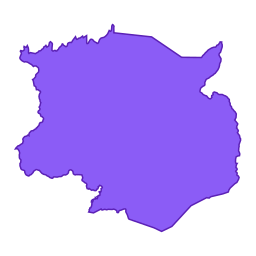 the district of Campo Formoso, Bahia, Brazil
{"feature_id": "56859067B18593931562770", "entity_name": "Campo Formoso", "entity_type": "district", "adm_level": 2, "iso_a3": "BRA", "parent_name": "Brazil", "parent_adm1": "Bahia", "projection": "robinson", "projection_center": [-40.821, -10.26], "detail": "fine", "context": "isolated", "style": "filled", "palette": "violet", "viewbox_px": 256, "rotation_deg": 0, "n_neighbors": 0, "source": "geoboundaries", "source_scale": "gbopen_adm2", "svg_char_len": 5615}
<svg xmlns="http://www.w3.org/2000/svg" viewBox="0 0 256 256"><path d="M230.2,188.0L234.7,183.8L236.9,182.4L238.6,179.2L239.1,177.4L238.4,176.2L237.8,175.5L237.1,175.4L236.9,174.5L237.2,173.1L236.8,172.4L236.1,172.0L235.7,171.2L237.1,169.6L237.1,168.9L236.7,168.1L236.0,167.7L236.1,166.0L236.7,164.1L237.1,163.5L236.0,163.5L235.5,161.9L235.6,159.1L236.1,156.9L237.7,156.0L239.5,155.7L239.8,154.0L239.3,152.3L238.6,151.0L238.8,147.7L239.1,146.7L239.0,144.7L240.6,140.2L240.5,138.5L240.0,138.1L239.5,135.5L238.3,134.0L237.4,132.5L238.0,131.7L238.3,130.7L237.8,129.6L236.5,128.0L236.9,127.4L236.7,126.2L237.6,124.6L237.7,123.7L234.7,120.0L235.2,119.4L235.5,118.4L236.0,117.8L236.3,113.9L235.1,111.8L234.0,110.8L232.8,109.2L231.9,108.6L231.5,106.8L230.3,105.3L230.1,104.4L230.2,103.5L229.2,101.2L229.4,100.2L229.2,99.3L228.0,98.4L227.7,97.6L227.0,96.9L225.5,95.9L224.2,95.5L222.3,94.5L219.0,94.5L217.7,93.7L217.0,92.8L214.3,92.0L213.5,92.4L212.9,93.1L213.1,94.7L211.7,95.6L211.6,96.4L211.9,97.3L210.6,98.8L209.9,98.8L208.8,98.4L208.1,97.8L206.6,95.9L205.4,95.6L203.1,94.5L202.2,93.3L200.1,91.9L199.9,91.1L200.5,88.6L201.0,87.8L202.9,86.3L204.6,85.4L204.9,84.5L204.8,82.5L206.1,79.5L206.8,79.0L208.9,78.0L210.8,76.4L213.0,75.1L214.3,73.8L215.1,73.4L217.9,69.8L219.0,67.5L219.6,65.0L219.6,64.0L220.8,61.5L221.0,59.8L221.0,58.6L219.3,55.7L219.0,54.9L219.1,54.0L219.7,53.0L220.5,52.3L222.2,46.9L222.2,44.8L221.6,43.0L221.7,42.0L220.1,41.9L220.0,42.6L219.3,43.2L218.5,44.6L216.7,45.4L216.3,46.4L215.6,47.1L213.8,47.2L211.5,48.0L208.2,50.0L206.3,52.1L205.6,52.5L204.4,54.1L202.6,55.8L202.0,56.9L201.4,57.5L181.6,57.3L151.6,36.9L113.9,32.8L113.8,27.7L114.0,26.2L113.1,24.9L112.5,24.6L111.8,26.0L111.7,28.1L111.3,30.4L110.7,31.3L109.8,31.0L109.2,30.5L107.7,33.8L106.4,35.4L104.8,36.8L103.7,37.4L101.9,37.8L100.7,38.3L99.6,39.6L98.5,42.5L97.8,43.4L97.0,43.4L96.6,42.7L95.7,42.4L93.9,41.2L92.6,39.6L91.2,39.2L90.4,39.5L89.0,41.7L88.5,42.9L87.8,43.5L87.1,43.6L86.7,43.0L86.7,41.9L86.6,35.6L83.3,37.7L82.6,36.1L80.2,37.9L78.5,38.3L77.7,39.1L76.9,39.4L76.3,38.9L75.5,36.7L72.5,40.7L72.1,41.7L71.1,42.6L70.2,42.3L68.4,42.9L67.7,43.6L67.5,44.9L67.0,46.1L66.3,46.6L65.5,46.6L64.9,46.0L63.3,45.1L63.0,44.2L62.3,43.9L61.6,45.4L60.3,46.9L59.7,47.1L58.7,48.5L58.4,49.5L57.4,50.0L56.9,50.9L55.9,51.0L55.2,50.4L54.2,50.5L53.6,51.0L52.7,51.0L52.0,50.4L52.0,48.1L52.4,44.0L52.1,43.2L50.5,41.7L49.5,42.5L48.7,45.9L46.9,47.1L45.9,45.4L45.3,46.1L43.8,47.0L43.4,48.2L42.8,48.9L42.0,49.2L41.2,50.2L40.6,50.7L38.9,51.0L38.5,51.8L35.4,53.6L30.3,52.6L29.0,53.5L28.5,52.8L28.6,50.2L28.3,47.9L27.3,45.6L26.4,47.2L25.7,47.3L24.1,46.4L23.9,47.1L24.4,49.0L24.0,50.1L23.1,50.8L22.2,51.1L21.6,50.7L20.6,50.6L20.4,51.6L21.2,52.3L21.4,54.1L20.9,54.8L19.9,57.6L20.0,58.5L20.6,59.5L22.2,60.9L23.9,61.8L24.6,62.0L25.5,61.7L27.6,62.2L30.6,64.1L31.4,64.4L33.4,66.5L34.2,66.0L36.1,66.0L38.4,67.8L38.8,70.1L38.5,72.1L36.4,74.1L35.7,75.0L35.6,76.8L33.5,79.2L32.6,79.5L33.3,80.9L34.2,85.8L35.1,86.2L35.9,87.0L36.4,89.7L38.1,89.7L38.9,90.3L39.4,90.9L40.2,91.1L40.6,92.0L39.4,94.3L39.0,96.5L39.4,98.9L40.0,99.9L40.0,100.9L40.2,101.8L40.8,102.5L40.2,104.6L40.1,105.5L39.1,107.1L40.0,108.8L39.8,109.7L38.2,111.2L38.0,112.2L38.5,113.1L39.9,113.8L40.6,114.7L40.6,115.7L41.2,116.5L42.1,116.6L43.5,118.2L43.6,119.1L43.0,120.1L42.7,121.6L41.7,122.4L40.2,122.6L39.5,123.5L38.9,125.5L37.5,126.9L37.2,127.6L36.4,127.9L36.1,128.7L34.3,129.6L33.4,130.6L32.1,130.7L31.0,131.1L30.3,131.9L29.4,132.9L29.0,133.8L28.9,135.6L28.3,135.1L27.7,135.1L26.7,136.1L24.8,136.5L23.5,137.8L22.8,139.1L23.0,140.2L23.4,141.1L23.0,141.7L22.6,143.3L20.6,144.5L19.2,145.6L18.1,145.8L16.0,147.9L15.4,148.9L17.0,148.7L17.7,148.9L19.1,150.8L19.7,153.0L19.3,154.7L19.4,157.9L19.8,158.7L20.9,159.9L20.9,160.6L20.7,162.5L20.0,163.4L20.0,165.9L20.7,167.9L20.9,168.8L22.0,169.8L23.8,170.3L24.5,170.7L24.8,171.4L24.8,172.4L25.6,174.2L26.3,175.0L28.2,175.9L29.0,175.9L29.5,175.2L30.9,174.7L31.6,174.1L33.1,172.5L33.5,171.5L34.1,170.9L36.0,169.6L36.7,169.6L38.6,170.3L39.5,170.4L40.1,171.3L41.9,173.3L43.6,174.3L45.8,174.8L47.3,176.0L48.4,176.3L50.0,177.6L52.1,178.3L52.9,178.0L53.3,177.2L54.0,176.9L57.2,177.1L59.1,176.6L60.8,176.6L61.6,176.4L63.0,175.2L64.2,174.8L65.2,175.0L66.0,174.8L67.4,174.0L68.4,172.8L68.6,171.2L69.1,170.5L69.9,170.0L70.7,169.8L71.6,170.2L72.8,171.2L73.3,173.7L74.3,174.6L75.3,174.9L76.1,174.6L79.7,174.7L81.9,174.9L82.7,177.4L82.6,178.4L82.0,179.6L82.1,180.6L83.9,181.8L84.5,182.5L86.3,183.4L86.8,184.2L86.9,184.9L86.4,185.9L87.1,188.6L88.7,189.1L89.1,188.5L90.6,189.6L91.8,190.3L92.8,189.9L93.6,190.0L94.2,190.6L94.9,190.5L95.8,190.7L96.4,190.2L96.7,189.3L97.6,189.0L98.4,187.6L98.2,186.7L99.3,186.0L99.8,185.3L101.3,186.0L102.1,186.8L102.3,187.7L101.0,188.8L101.3,189.6L101.0,191.5L100.4,192.4L99.8,191.6L99.1,191.9L100.0,193.3L99.9,194.0L100.0,194.9L99.6,195.5L98.7,195.4L97.1,196.6L97.8,196.8L97.5,198.1L97.0,198.8L95.3,197.6L95.1,199.1L94.3,199.0L93.6,199.2L93.2,200.2L92.4,199.7L91.4,201.0L91.4,201.8L92.0,201.5L92.7,201.8L92.1,202.7L91.8,203.8L91.9,204.5L91.6,205.1L91.7,205.9L91.2,206.6L90.8,207.7L89.8,208.0L89.7,209.0L89.1,209.8L89.3,211.0L88.7,212.0L93.5,212.9L101.1,209.0L101.6,209.8L102.3,210.0L104.7,209.3L106.8,209.8L108.2,209.3L112.1,209.5L113.6,209.1L115.0,209.5L116.5,210.5L116.9,211.3L117.0,212.4L118.0,212.7L118.6,212.2L118.8,211.3L119.5,210.5L120.6,210.3L123.6,209.1L125.2,208.9L125.8,209.3L125.9,210.1L125.8,211.8L127.4,215.0L128.5,218.5L129.1,219.2L154.0,227.8L161.6,231.4L171.9,226.4L191.0,205.7L206.8,197.6L207.6,197.9L209.3,198.0L210.2,197.1L211.2,196.6L222.7,193.9L228.3,192.0L228.9,190.0L230.2,188.0Z" fill="#8b5cf6" stroke="#5b21b6" stroke-width="1.5"/></svg>